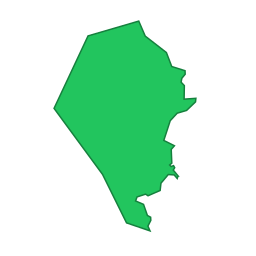 outline of Aweil Centre, Northern Bahr el Ghazal, South Sudan, rotated 83°
{"feature_id": "79223893B3139508517189", "entity_name": "Aweil Centre", "entity_type": "district", "adm_level": 2, "iso_a3": "SSD", "parent_name": "South Sudan", "parent_adm1": "Northern Bahr el Ghazal", "projection": "albers", "projection_center": [27.174, 8.427], "detail": "fine", "context": "isolated", "style": "filled", "palette": "green", "viewbox_px": 256, "rotation_deg": 83, "n_neighbors": 0, "source": "geoboundaries", "source_scale": "gbopen_adm2", "svg_char_len": 706}
<svg xmlns="http://www.w3.org/2000/svg" viewBox="0 0 256 256"><g transform="rotate(83 128 128)"><path d="M184.1,85.3L181.9,84.3L181.9,84.0L175.3,88.2L173.1,86.5L170.9,87.4L171.5,89.9L169.8,91.2L168.2,88.8L154.5,87.7L151.3,84.1L144.7,94.0L125.9,85.2L119.3,77.4L117.7,67.7L110.3,57.8L106.8,57.0L106.2,68.8L92.8,66.9L89.0,69.7L85.2,68.5L81.6,64.7L78.1,64.4L72.3,77.1L57.8,80.7L38.9,99.7L23.2,104.3L31.7,156.4L99.5,199.0L117.2,189.1L158.7,165.8L171.0,158.9L222.0,141.0L232.8,118.7L227.8,120.2L222.4,116.6L219.3,116.4L217.2,119.4L205.7,121.9L201.3,129.4L197.5,127.4L195.8,118.6L197.7,116.4L193.9,103.7L186.8,102.0L179.1,93.7L180.2,87.9L184.1,85.3Z" fill="#22c55e" stroke="#15803d" stroke-width="1.5"/></g></svg>